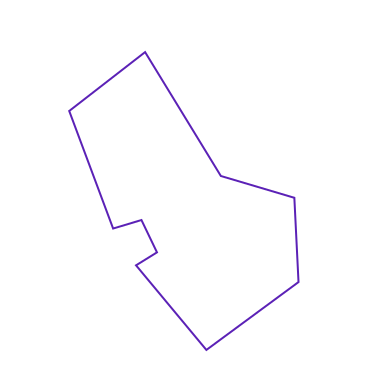 outline of Bekabad city, Tashkent, Uzbekistan, rotated 61°
{"feature_id": "79887680B94622992244208", "entity_name": "Bekabad city", "entity_type": "district", "adm_level": 2, "iso_a3": "UZB", "parent_name": "Uzbekistan", "parent_adm1": "Tashkent", "projection": "mercator", "projection_center": [69.254, 40.226], "detail": "fine", "context": "isolated", "style": "outline", "palette": "violet", "viewbox_px": 384, "rotation_deg": 61, "n_neighbors": 0, "source": "geoboundaries", "source_scale": "gbopen_adm2", "svg_char_len": 295}
<svg xmlns="http://www.w3.org/2000/svg" viewBox="0 0 384 384"><g transform="rotate(61 192 192)"><path d="M322.4,142.5L246.7,105.3L192.0,159.0L46.9,165.2L61.6,260.1L185.7,278.7L192.0,249.8L227.8,251.9L229.0,276.5L337.1,256.0L322.4,142.5Z" fill="none" stroke="#5b21b6" stroke-width="2"/></g></svg>